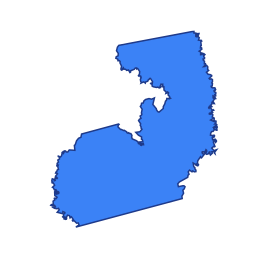 the district of Candeias do Jamari, Rondônia, Brazil, rotated 165°
{"feature_id": "56859067B4922236816200", "entity_name": "Candeias do Jamari", "entity_type": "district", "adm_level": 2, "iso_a3": "BRA", "parent_name": "Brazil", "parent_adm1": "Rondônia", "projection": "orthographic", "projection_center": [-63.36, -8.964], "detail": "fine", "context": "isolated", "style": "filled", "palette": "blue", "viewbox_px": 256, "rotation_deg": 165, "n_neighbors": 0, "source": "geoboundaries", "source_scale": "gbopen_adm2", "svg_char_len": 5737}
<svg xmlns="http://www.w3.org/2000/svg" viewBox="0 0 256 256"><g transform="rotate(165 128 128)"><path d="M50.7,82.1L48.1,84.1L50.8,83.9L52.3,86.9L49.9,88.1L49.5,87.5L48.8,87.6L49.2,92.3L48.7,93.1L47.8,93.9L47.2,91.4L46.1,92.1L45.9,92.9L46.6,94.6L49.3,94.8L49.0,97.2L48.1,97.6L47.8,97.0L46.9,97.1L46.4,98.3L46.7,98.8L48.4,98.9L50.2,99.7L49.5,101.5L48.2,102.9L46.7,102.7L45.2,103.8L45.2,105.0L43.3,103.0L42.6,102.9L42.3,105.0L41.6,105.6L41.6,106.4L42.6,106.7L43.4,105.8L45.0,106.6L41.4,108.1L41.9,109.1L43.1,109.4L41.8,110.2L41.2,111.8L43.1,112.9L43.2,112.0L46.1,114.3L43.4,115.1L42.4,114.4L42.2,115.3L43.8,116.8L42.6,118.7L43.2,120.0L45.3,120.0L45.9,120.6L45.5,121.2L42.3,121.1L42.9,122.6L40.6,123.0L41.0,123.6L41.9,123.1L43.0,126.0L43.8,126.7L44.6,126.0L44.9,126.6L43.9,127.7L42.8,126.7L41.5,126.9L42.5,128.6L41.1,129.0L40.2,131.2L39.5,131.3L39.2,129.5L38.3,129.2L39.0,131.9L36.9,133.7L35.7,133.7L36.0,134.7L36.8,135.1L37.6,134.6L38.0,135.0L37.5,137.1L36.1,136.1L34.9,136.4L35.5,137.9L34.4,138.1L34.0,139.6L35.2,140.5L35.3,141.7L34.7,142.1L34.4,141.6L33.4,142.4L33.7,144.3L35.9,144.9L36.8,145.6L36.9,146.8L35.8,146.8L34.9,149.1L35.4,149.9L34.4,150.9L33.9,153.0L34.9,153.9L36.3,153.9L36.8,154.9L33.6,156.6L33.6,157.2L34.9,158.4L36.7,159.1L37.8,161.6L35.2,162.7L35.9,164.0L35.1,166.4L35.9,168.3L37.8,167.5L39.0,167.7L37.2,168.7L36.6,170.1L37.6,170.4L36.8,172.7L37.7,173.8L37.6,175.2L36.2,175.1L35.8,176.3L36.4,177.2L36.1,178.2L34.7,179.0L35.4,180.0L36.3,179.6L36.3,180.7L37.3,181.3L37.9,179.9L38.9,180.0L38.7,180.8L38.0,180.9L38.5,182.9L39.4,183.8L36.3,185.0L36.2,186.4L37.3,186.6L36.5,188.6L35.9,188.7L35.4,192.3L35.0,193.1L34.4,192.9L34.4,193.6L37.2,194.6L35.8,196.8L36.6,198.1L36.3,199.1L37.7,198.2L38.3,198.5L38.1,199.7L36.5,200.3L35.6,200.0L35.0,200.9L36.9,201.3L38.5,200.1L37.9,202.1L39.7,202.7L39.3,204.2L41.4,204.6L115.5,210.2L117.3,208.8L119.1,205.6L118.1,202.6L118.9,200.3L120.9,199.9L121.7,198.5L120.0,197.1L120.3,195.6L118.8,195.2L118.4,194.0L118.9,193.0L118.2,189.4L119.6,186.8L119.5,185.9L119.1,185.5L118.0,185.9L117.9,186.7L116.9,187.4L116.7,185.9L115.1,185.3L114.4,184.0L112.5,183.9L111.8,181.1L111.1,181.3L110.7,182.6L106.7,183.1L105.5,184.0L104.4,183.8L104.3,182.8L103.6,183.2L103.2,182.8L102.1,179.6L103.0,177.1L104.4,175.8L104.1,175.3L102.8,175.2L102.2,174.6L102.7,173.9L102.3,173.2L103.5,171.7L103.7,169.6L103.3,168.7L103.8,168.0L101.0,168.5L99.7,167.0L99.5,167.8L96.8,168.1L95.9,169.3L95.1,169.4L94.4,170.2L93.5,170.1L92.3,166.4L92.9,165.0L94.1,165.4L94.6,165.0L93.5,164.0L93.8,162.1L92.9,161.3L90.0,159.8L88.6,159.8L87.5,158.6L86.1,158.7L85.7,159.3L86.4,159.4L86.3,160.1L85.5,160.4L84.9,161.8L83.1,161.3L83.7,160.0L82.9,158.8L83.6,158.7L82.8,158.1L83.4,155.3L81.8,152.8L82.5,151.6L81.2,151.8L80.5,152.6L80.1,152.2L79.7,151.4L80.5,150.4L80.6,149.0L80.1,148.6L79.7,147.2L80.1,146.7L79.3,145.7L80.4,145.5L82.8,146.5L83.8,144.7L84.8,144.3L86.2,141.8L88.4,139.5L88.9,137.7L93.9,135.3L95.0,136.1L95.7,137.9L95.7,139.4L97.9,144.3L94.7,150.2L97.7,149.7L100.1,151.0L103.7,151.0L105.7,150.0L106.8,148.2L108.5,148.4L109.4,146.5L110.5,145.7L109.5,142.4L111.2,139.0L111.0,137.9L111.5,137.1L113.2,136.4L113.0,133.9L114.7,133.5L115.9,132.4L114.7,128.8L115.5,127.5L115.1,125.9L115.4,124.3L114.8,123.2L117.5,121.3L121.6,121.8L119.8,118.4L117.2,115.9L117.9,113.7L117.2,113.2L117.2,110.9L120.5,111.5L120.6,110.9L119.1,109.3L117.2,109.0L117.3,107.8L118.9,108.2L119.6,107.7L120.3,108.2L120.3,109.1L121.9,110.2L122.0,112.1L123.3,113.7L126.7,116.4L126.8,118.3L126.1,119.9L126.7,121.9L128.3,122.5L128.5,123.3L129.5,123.1L130.3,123.9L130.2,124.6L132.3,126.8L132.9,126.7L134.9,128.4L135.6,128.5L137.4,131.7L136.8,133.1L135.7,133.8L136.1,134.3L174.4,134.2L175.9,131.2L178.4,130.9L181.0,129.0L183.3,125.5L184.3,125.1L185.1,120.2L190.4,122.0L192.4,120.4L193.9,120.8L194.2,121.9L195.0,122.3L196.4,122.1L196.5,121.6L195.8,121.4L196.9,120.2L197.5,121.6L198.0,121.4L197.8,120.2L198.4,120.3L199.4,118.3L200.9,117.5L201.7,118.0L202.2,115.8L204.1,115.2L204.0,113.0L205.6,112.2L205.6,110.8L206.4,110.5L206.4,109.7L205.2,109.9L205.8,109.0L205.9,106.0L207.2,105.8L207.9,104.6L208.8,104.2L209.6,103.2L208.0,102.5L207.9,102.0L210.4,100.3L211.0,99.1L210.1,99.5L209.2,97.9L209.7,97.5L210.4,98.0L212.2,97.6L211.9,96.2L212.6,96.1L213.2,97.8L214.3,98.5L215.1,97.2L215.5,95.0L214.7,95.1L214.9,94.3L214.3,94.0L213.7,91.7L216.3,90.3L215.6,89.6L215.1,87.3L213.6,87.1L213.2,85.3L211.8,84.6L211.4,83.8L211.9,82.7L214.2,82.6L214.9,83.5L214.2,84.0L213.1,83.8L212.7,84.3L214.2,84.8L214.8,85.8L215.4,85.4L216.2,81.6L214.6,80.0L214.5,79.3L215.8,78.4L216.6,79.3L217.4,79.1L217.4,77.4L219.3,76.7L219.9,73.5L220.6,73.2L220.9,73.8L221.9,73.8L222.6,73.3L221.0,72.2L218.9,72.3L218.5,70.7L220.9,70.6L219.7,69.4L217.6,68.4L216.0,68.4L215.6,66.8L218.2,64.9L213.3,62.1L212.5,64.1L210.9,62.8L210.9,62.2L212.5,61.4L213.0,59.8L214.1,59.1L213.8,58.6L211.9,58.4L211.3,57.3L212.7,57.8L213.4,56.9L212.0,55.9L211.1,55.9L210.3,58.0L209.0,59.4L207.2,58.5L207.2,56.2L205.8,57.0L205.5,56.6L204.5,53.7L205.6,53.3L205.5,52.5L203.9,52.2L202.3,49.4L200.6,49.1L200.4,47.0L204.0,45.8L93.9,45.8L93.6,48.2L91.2,50.6L91.1,53.7L89.5,54.6L88.1,56.5L88.9,57.7L90.0,58.0L94.5,58.3L94.4,61.2L92.3,62.6L83.1,64.9L82.2,66.9L81.0,67.5L81.2,70.0L79.5,71.4L77.5,69.1L76.6,69.8L75.3,68.5L73.7,68.3L73.3,69.7L73.9,71.2L73.7,72.5L74.5,73.7L74.1,77.3L72.3,75.5L70.8,75.5L71.8,74.3L70.4,73.4L69.4,74.2L70.0,76.1L69.1,78.3L65.5,81.4L65.4,80.5L64.8,80.1L61.3,82.7L62.7,84.1L62.7,85.6L62.1,85.8L59.9,85.0L58.3,86.9L57.8,86.1L58.1,84.8L58.8,84.2L60.4,84.0L58.8,82.2L56.9,82.3L55.7,83.8L55.1,83.6L55.7,82.6L55.4,80.6L53.1,81.8L53.1,83.4L50.9,82.7L50.7,82.1ZM201.7,118.0L202.2,118.8L202.7,118.8L202.6,118.3L201.7,118.0ZM50.7,82.1L51.0,81.4L50.7,80.9L50.7,82.1Z" fill="#3b82f6" stroke="#1e3a8a" stroke-width="1.5"/></g></svg>